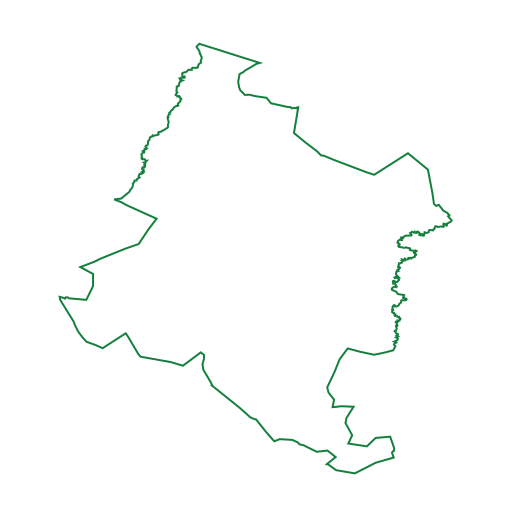 Mežvidu pag., Karsavas, Latvia, rotated 187°
{"feature_id": "27541924B97990803808017", "entity_name": "Mežvidu pag.", "entity_type": "district", "adm_level": 2, "iso_a3": "LVA", "parent_name": "Latvia", "parent_adm1": "Karsavas", "projection": "natural_earth1", "projection_center": [27.562, 56.699], "detail": "fine", "context": "isolated", "style": "outline", "palette": "green", "viewbox_px": 512, "rotation_deg": 187, "n_neighbors": 0, "source": "geoboundaries", "source_scale": "gbopen_adm2", "svg_char_len": 6066}
<svg xmlns="http://www.w3.org/2000/svg" viewBox="0 0 512 512"><g transform="rotate(187 256 256)"><path d="M275.8,448.1L338.1,459.7L340.3,456.8L340.5,456.3L340.2,455.9L337.3,452.6L336.8,451.8L336.6,450.2L335.7,449.6L335.3,448.3L334.2,447.0L334.1,444.5L334.7,443.0L334.1,441.4L336.3,439.2L336.5,437.7L337.0,437.0L336.7,436.4L337.5,435.5L342.0,435.1L342.7,433.8L342.4,433.0L345.9,432.5L347.5,430.3L351.2,428.8L351.5,427.5L350.5,425.0L349.8,424.9L348.9,425.5L348.5,425.0L348.5,424.4L349.6,424.0L351.5,424.3L352.3,423.2L353.5,423.0L353.1,422.3L350.3,421.3L351.9,420.6L351.9,420.1L352.6,420.1L353.3,418.0L353.1,416.6L353.7,415.9L353.6,415.1L354.9,414.9L355.4,414.3L355.1,413.4L355.1,409.8L354.0,408.8L355.1,407.1L355.3,405.9L354.1,405.5L353.6,404.8L351.7,405.4L351.1,404.8L351.3,404.1L350.3,403.8L349.3,402.7L350.1,401.8L349.8,401.2L350.1,400.2L352.1,397.6L352.0,396.4L351.5,396.0L352.0,395.4L352.7,395.5L354.7,394.3L355.8,393.0L356.5,391.3L358.1,389.8L358.4,388.5L359.5,387.7L359.4,386.8L359.0,386.5L359.5,386.3L360.0,385.4L359.9,384.5L360.5,383.8L359.9,382.9L360.6,382.2L359.0,378.3L359.4,374.7L359.0,373.4L359.4,372.6L362.9,369.6L364.5,368.8L365.3,367.8L367.8,367.1L368.1,366.2L367.4,365.0L367.9,364.4L371.9,363.0L373.1,363.3L373.5,362.9L373.2,362.2L375.4,361.1L375.8,360.3L376.0,358.2L377.2,356.6L377.2,355.7L376.8,354.5L377.1,353.0L377.9,352.3L378.7,352.1L379.1,351.3L377.3,349.4L378.3,348.6L379.6,348.7L379.6,346.0L380.4,346.8L381.3,346.3L380.8,344.7L382.2,342.9L381.4,341.2L381.6,340.0L381.0,339.6L381.3,338.6L380.7,338.2L378.3,338.5L376.8,336.9L376.1,337.1L377.1,335.6L378.7,335.1L377.2,333.9L378.1,332.7L377.7,332.1L377.1,332.2L377.1,331.1L377.6,330.3L379.5,330.1L379.7,328.5L378.0,327.9L378.0,327.3L379.1,326.0L377.8,326.2L377.4,325.9L378.4,324.4L379.8,323.5L381.0,323.5L381.8,322.7L382.2,320.7L381.1,319.7L383.6,317.8L383.6,316.5L385.8,316.0L385.9,314.3L387.1,313.0L386.8,312.0L387.0,309.3L388.8,306.3L389.5,304.3L396.9,296.5L403.7,294.9L395.9,292.9L390.8,290.7L359.2,280.9L365.8,269.7L373.9,253.6L386.5,247.4L410.0,234.4L415.6,230.7L429.0,223.6L415.5,218.3L414.1,206.2L419.1,191.8L436.4,191.2L438.0,192.0L439.7,191.8L440.4,190.4L442.5,191.1L445.9,191.5L445.0,188.6L429.1,168.8L427.3,165.3L423.2,159.2L418.7,154.5L413.8,150.2L404.5,148.1L397.0,145.8L375.9,163.4L373.4,160.6L360.8,144.3L358.3,142.0L327.6,140.3L315.1,138.2L299.1,153.6L295.5,151.4L295.1,147.5L295.9,142.3L294.5,136.8L286.3,126.2L283.4,122.0L283.7,121.9L253.8,103.4L242.0,95.2L237.5,93.8L236.1,93.9L224.3,82.3L215.3,74.3L210.2,77.1L197.7,77.9L192.0,76.2L189.9,74.4L185.6,73.9L171.9,69.1L161.3,71.6L152.4,66.1L160.4,58.0L158.6,57.7L150.4,53.2L131.4,52.3L112.0,65.4L94.8,72.7L97.1,77.4L96.1,79.1L95.3,79.5L95.5,82.2L100.8,93.0L115.1,90.0L122.7,80.6L141.5,81.1L138.7,89.8L146.8,101.1L146.5,106.1L140.8,118.3L152.8,117.3L161.6,115.3L161.0,122.9L167.3,129.2L169.3,134.3L164.0,150.2L160.4,163.7L153.7,175.4L140.5,173.6L126.8,172.4L118.0,175.3L108.3,179.1L106.7,183.5L108.3,184.8L107.7,186.2L106.1,187.2L106.7,187.8L108.2,188.0L105.4,189.8L105.1,191.3L107.2,192.3L105.2,193.5L106.5,194.2L105.6,194.6L105.5,195.6L108.0,196.8L108.1,197.8L109.2,198.3L109.1,198.7L108.2,199.0L107.4,201.0L108.3,203.0L107.3,203.8L107.1,204.4L107.6,204.9L108.3,204.7L107.9,206.2L108.1,207.1L110.1,207.7L107.4,207.8L107.0,208.4L107.7,208.8L107.8,209.3L105.7,209.3L105.7,209.9L104.9,211.1L105.5,211.9L106.3,211.9L106.6,213.0L108.2,212.8L108.9,213.9L110.5,213.4L111.0,213.7L111.3,214.1L110.8,215.2L111.9,215.6L112.2,216.4L113.1,216.3L114.1,216.9L114.1,218.3L113.3,218.9L113.4,219.3L114.4,219.8L113.9,220.7L114.3,222.4L113.0,224.2L112.6,224.1L112.7,223.3L112.2,222.9L111.6,223.3L110.7,222.9L109.2,223.7L108.3,224.5L108.0,225.8L106.3,227.6L106.5,229.4L106.2,229.8L102.3,230.3L101.5,230.7L101.2,231.4L101.8,232.0L105.0,232.4L105.1,232.7L104.1,234.6L104.2,235.3L110.2,235.5L110.9,235.8L112.3,237.5L116.9,239.0L117.3,239.7L116.6,241.3L114.6,242.5L112.9,242.1L112.6,242.8L114.9,245.9L116.4,245.2L117.0,247.3L116.8,248.0L116.1,248.2L113.9,247.2L112.9,247.2L111.0,249.8L111.4,250.5L113.0,251.3L114.2,251.5L115.5,251.0L115.9,251.5L114.9,252.2L111.8,252.3L114.7,254.6L114.9,255.2L114.8,257.4L113.0,258.4L113.9,258.8L114.1,259.5L112.6,260.3L111.6,261.9L112.4,262.6L112.9,262.1L113.6,262.3L113.3,265.0L112.8,265.5L113.0,266.0L112.5,265.9L111.9,266.6L110.4,267.2L109.8,268.7L110.6,269.2L109.5,269.5L110.1,270.2L109.2,270.0L108.4,271.0L108.3,270.0L107.6,269.7L106.9,270.9L106.4,270.7L104.2,271.6L104.1,271.9L104.7,272.1L104.5,272.7L103.4,272.8L103.1,272.4L102.2,272.9L101.5,272.5L101.1,273.2L98.5,274.3L98.3,274.5L98.7,274.9L98.3,275.9L97.2,276.6L97.2,276.9L98.1,277.4L98.2,278.0L99.4,278.1L99.7,278.7L99.6,279.2L98.8,279.4L97.3,280.5L98.2,281.0L99.7,280.4L103.6,280.5L104.0,280.7L103.9,282.1L104.7,282.6L105.7,282.3L108.1,282.9L109.6,282.2L115.4,282.5L116.0,283.3L114.9,284.4L114.8,285.1L115.1,285.5L115.8,285.4L116.1,286.1L117.2,286.4L116.8,288.4L114.9,290.0L113.9,289.5L113.2,289.6L114.1,291.8L112.3,291.5L112.2,291.7L112.7,292.4L111.7,292.7L111.4,293.5L110.7,293.9L109.6,294.5L104.3,295.3L104.2,296.0L105.8,297.6L103.9,299.1L102.2,298.4L101.6,299.2L101.4,298.6L99.8,298.4L99.1,298.8L99.9,299.1L99.7,299.4L98.4,300.0L98.1,299.5L96.7,299.1L96.5,296.8L95.5,296.5L94.5,296.8L95.3,297.7L93.5,298.0L93.1,297.8L93.5,297.1L93.1,296.5L92.0,296.6L91.6,297.3L91.6,300.1L89.8,299.6L87.5,300.6L87.4,302.7L87.1,303.0L83.5,303.0L83.3,303.9L82.2,304.4L82.2,305.7L81.7,307.3L80.6,307.5L79.2,306.9L75.8,307.9L73.5,307.7L73.2,308.4L73.9,310.0L73.8,310.9L72.7,311.0L70.6,309.3L70.2,309.8L70.5,311.3L66.7,313.9L66.1,315.2L70.1,318.7L69.0,319.7L69.0,320.2L70.1,320.5L70.5,321.4L71.6,322.2L75.4,323.7L80.9,329.1L83.3,327.7L85.7,329.4L88.6,340.0L95.9,362.7L117.7,376.5L148.6,351.0L156.1,352.5L190.1,360.8L200.9,363.8L203.7,363.8L208.4,367.5L220.6,374.6L233.3,382.7L232.2,408.8L233.2,408.6L233.9,407.6L236.9,407.5L238.5,406.9L240.2,408.1L242.1,407.7L259.7,409.4L264.8,414.3L276.7,414.6L282.1,415.3L286.7,414.5L291.9,418.7L293.3,421.3L294.9,426.7L294.5,434.5L290.9,437.1L289.6,438.6L278.9,446.8L275.8,448.1Z" fill="none" stroke="#15803d" stroke-width="2"/></g></svg>